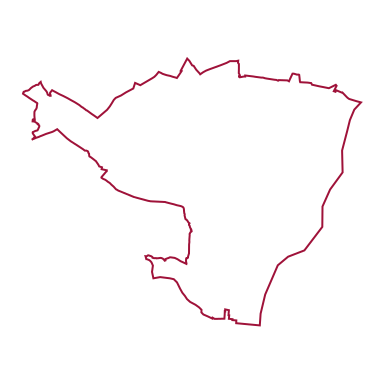 the district of Babeni, Vâlcea, Romania
{"feature_id": "2599482B7467620418684", "entity_name": "Babeni", "entity_type": "district", "adm_level": 2, "iso_a3": "ROU", "parent_name": "Romania", "parent_adm1": "Vâlcea", "projection": "robinson", "projection_center": [24.207, 44.956], "detail": "fine", "context": "isolated", "style": "outline", "palette": "rose", "viewbox_px": 384, "rotation_deg": 0, "n_neighbors": 0, "source": "geoboundaries", "source_scale": "gbopen_adm2", "svg_char_len": 5677}
<svg xmlns="http://www.w3.org/2000/svg" viewBox="0 0 384 384"><path d="M236.2,323.2L259.8,325.4L260.6,313.7L265.2,294.5L277.8,265.3L288.1,256.7L304.4,250.4L322.3,226.9L322.5,206.5L330.1,189.5L342.6,172.4L342.1,150.5L347.1,131.4L349.9,120.1L354.3,109.6L361.0,102.4L356.5,101.2L349.3,99.0L348.9,98.8L347.8,98.0L347.1,97.4L342.5,92.6L342.3,92.8L336.3,90.3L335.5,91.8L333.8,91.2L336.6,85.8L335.8,84.8L328.9,88.2L322.9,87.0L319.2,86.3L312.0,84.7L311.2,83.1L307.7,82.6L303.8,82.4L300.2,82.2L299.9,81.3L299.5,77.4L299.2,74.9L298.8,74.6L297.8,74.6L296.9,74.6L293.9,73.7L292.5,73.7L290.1,78.8L289.0,81.3L287.4,80.4L278.8,80.1L278.5,80.5L278.1,80.7L277.8,80.5L277.4,80.4L276.8,80.1L276.2,79.9L274.9,79.8L267.0,78.6L264.8,78.2L264.3,78.0L262.9,77.6L261.3,77.6L255.2,76.8L253.5,76.5L247.7,75.8L245.2,75.5L245.2,76.5L244.1,76.5L242.9,76.7L239.7,77.3L239.3,77.1L239.0,76.6L239.0,76.2L239.8,76.1L239.9,75.4L239.5,74.5L238.8,73.2L238.9,69.0L238.9,64.0L238.0,62.8L238.2,60.7L236.3,61.1L230.0,61.1L226.6,62.9L220.2,65.4L209.7,69.2L206.1,70.6L203.2,72.2L200.2,74.3L199.6,73.4L196.2,69.7L193.7,65.9L192.1,65.3L189.4,60.9L187.2,58.6L180.7,70.8L181.6,71.1L179.4,74.4L176.9,78.0L175.8,77.6L172.8,76.8L170.1,75.9L166.8,75.2L164.9,74.6L162.5,73.8L161.2,73.0L158.7,71.9L156.3,74.9L154.4,76.8L152.1,78.3L140.3,85.2L135.1,82.9L133.3,88.5L126.1,92.3L121.0,95.5L115.7,97.9L113.8,99.9L111.9,103.1L109.8,106.4L107.1,109.8L97.5,118.0L94.0,115.5L91.9,114.1L87.0,110.5L86.3,110.3L84.5,108.8L83.4,108.1L82.8,107.5L81.7,107.0L79.4,105.1L76.4,103.2L74.6,102.1L71.1,100.2L67.6,98.2L63.3,96.0L59.4,94.2L55.6,92.1L53.3,90.9L52.1,90.2L50.2,92.6L50.0,93.1L50.0,93.4L50.4,94.7L50.6,95.3L50.6,95.8L49.8,95.8L49.4,95.6L48.9,95.2L48.7,95.0L48.1,94.9L47.8,94.7L47.6,94.3L47.4,93.4L47.0,92.4L46.6,91.6L46.0,90.8L44.2,88.7L43.5,87.9L43.0,87.0L42.1,85.3L41.3,83.9L41.0,83.1L40.7,81.9L39.3,83.1L38.4,84.8L36.4,84.9L35.8,85.1L34.8,85.8L32.9,86.6L31.7,87.5L31.0,88.0L29.1,89.9L28.4,90.3L27.3,90.7L26.3,90.8L25.7,90.9L25.1,91.2L24.3,91.8L23.7,91.8L23.4,92.4L23.0,93.7L25.3,95.3L27.5,96.7L29.0,97.8L31.9,99.7L32.2,99.9L32.6,100.2L34.0,101.0L36.2,102.5L37.2,103.1L37.3,103.3L37.3,103.6L37.1,104.6L36.9,105.8L36.8,106.6L36.8,107.1L36.5,108.3L36.3,108.8L36.2,108.9L35.7,109.7L35.3,110.1L34.5,111.6L34.4,112.8L34.4,113.9L34.4,115.7L34.5,117.3L34.8,119.8L34.7,119.8L33.6,119.5L33.4,119.4L33.2,119.3L32.8,119.6L32.7,120.3L32.6,121.4L33.9,121.5L34.4,121.5L35.8,122.4L37.3,123.3L38.0,123.8L37.7,124.2L39.2,125.4L39.3,126.6L38.8,127.6L37.9,129.7L37.5,130.3L37.3,130.3L37.0,130.5L36.4,130.7L35.4,130.9L34.8,131.2L33.2,132.0L32.8,132.1L32.7,132.4L32.7,133.0L32.8,133.4L33.4,134.3L33.8,134.9L35.0,136.5L34.6,137.0L33.9,137.9L33.4,138.4L33.0,138.8L32.8,138.9L31.8,139.7L32.1,139.6L32.6,139.3L33.0,139.1L34.6,138.5L35.6,138.0L36.7,137.6L38.6,137.0L40.3,136.2L41.7,135.7L46.1,133.9L52.0,132.0L53.6,131.3L57.2,129.2L59.7,131.6L66.9,138.3L70.8,141.3L79.7,147.0L83.3,149.4L84.8,150.6L86.3,150.6L87.6,151.1L87.8,151.3L88.0,151.5L88.2,151.8L88.2,152.3L88.4,152.6L88.5,153.1L88.7,153.3L89.0,153.6L89.1,154.0L89.1,154.3L89.1,154.7L89.3,156.0L89.4,156.4L89.5,156.5L90.8,157.2L93.7,159.4L95.3,160.7L95.8,161.0L97.2,163.0L97.6,163.6L98.3,164.6L99.2,166.4L102.0,167.3L101.6,169.2L106.8,170.3L106.7,171.3L106.3,171.5L105.1,172.9L101.6,177.0L101.4,177.3L101.4,177.5L101.5,177.8L103.2,178.9L105.1,179.7L105.7,180.1L106.3,180.5L107.9,181.8L109.5,182.8L110.3,183.5L111.2,184.5L111.8,185.0L112.1,185.3L113.6,186.6L116.0,189.3L116.5,189.5L118.3,190.6L118.8,190.8L133.9,197.0L148.0,200.8L150.7,201.3L165.1,202.0L166.0,202.3L170.6,203.5L173.9,204.3L176.8,205.2L180.0,205.9L180.8,206.1L181.9,206.5L182.2,206.7L183.2,207.3L183.7,208.2L183.9,209.2L184.0,210.1L184.0,210.8L184.3,213.4L184.6,213.9L184.7,214.1L184.7,214.3L184.6,215.3L184.6,215.5L185.0,217.1L185.4,218.9L185.6,219.1L185.7,219.3L186.4,219.6L186.5,219.8L186.8,220.1L187.2,220.4L187.3,220.6L187.9,221.6L188.4,222.3L188.8,222.8L189.1,223.0L189.5,223.3L189.0,224.2L189.0,224.5L189.0,224.9L189.1,225.1L189.5,225.6L189.7,225.9L189.8,226.1L189.9,227.1L190.1,227.5L190.4,228.1L190.9,228.8L191.2,229.4L191.3,229.6L191.3,229.9L190.9,229.7L190.8,229.9L190.9,230.1L191.1,230.3L191.5,230.8L191.7,231.1L191.6,231.4L191.5,231.5L191.3,231.7L190.8,231.9L190.5,232.2L190.2,232.7L190.0,233.2L189.6,233.9L189.6,234.0L189.6,234.3L189.7,235.0L189.5,237.5L189.4,238.7L189.3,240.9L189.4,241.9L189.1,244.3L189.0,253.5L188.7,254.3L188.2,256.1L188.0,256.7L188.0,257.3L187.9,257.3L187.6,257.8L187.4,258.1L186.9,258.0L186.6,258.0L186.4,258.1L186.2,258.4L186.0,260.6L186.0,261.0L186.2,262.2L186.3,262.8L186.4,263.0L186.5,263.5L186.4,263.9L183.7,262.6L180.6,261.2L177.5,259.2L174.7,257.9L170.5,257.3L169.9,257.3L169.3,257.6L168.3,258.1L167.7,258.2L165.2,259.2L164.9,259.5L164.9,259.8L165.0,259.9L165.5,260.0L165.5,260.4L164.7,260.7L164.2,260.0L163.0,258.8L162.6,258.5L161.8,258.2L161.3,258.0L160.3,257.9L158.3,258.2L156.9,258.3L156.5,258.3L156.3,258.3L156.1,258.1L155.2,258.1L154.2,258.2L153.3,258.0L152.5,257.7L152.5,257.2L152.3,257.0L151.8,256.6L151.1,256.2L149.9,255.8L148.4,255.3L148.1,255.3L147.9,255.4L146.9,256.1L146.6,256.3L146.1,256.3L145.5,256.2L146.1,258.4L146.3,259.1L146.7,259.1L147.2,259.3L149.2,260.1L150.0,260.7L150.3,261.0L151.3,262.1L151.7,262.8L152.9,265.6L152.1,271.3L152.0,271.8L153.4,278.3L160.2,277.1L169.8,278.3L173.8,279.2L177.0,282.4L180.1,288.7L182.3,292.7L184.9,295.9L187.0,299.1L190.1,301.9L195.5,304.8L199.0,307.3L201.5,309.8L201.4,312.4L203.4,314.5L208.0,316.5L212.4,318.6L212.6,317.7L214.7,318.9L224.4,318.7L224.7,314.3L224.8,311.2L225.2,311.3L225.2,309.4L228.9,310.2L228.5,315.2L229.2,315.3L228.9,318.8L232.5,319.2L232.4,320.1L236.3,320.4L236.2,323.2Z" fill="none" stroke="#9f1239" stroke-width="2"/></svg>